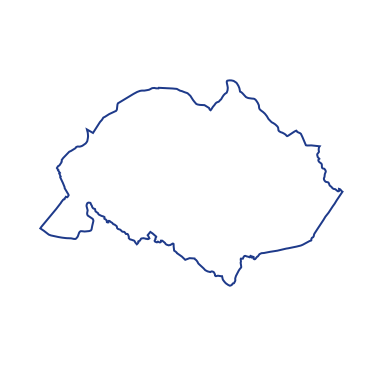 Chau Thanh, Tây Ninh, Vietnam (Robinson projection), rotated 124°
{"feature_id": "81297802B30323481145094", "entity_name": "Chau Thanh", "entity_type": "district", "adm_level": 2, "iso_a3": "VNM", "parent_name": "Vietnam", "parent_adm1": "Tây Ninh", "projection": "robinson", "projection_center": [106.01, 11.316], "detail": "fine", "context": "isolated", "style": "outline", "palette": "blue", "viewbox_px": 384, "rotation_deg": 124, "n_neighbors": 0, "source": "geoboundaries", "source_scale": "gbopen_adm2", "svg_char_len": 5977}
<svg xmlns="http://www.w3.org/2000/svg" viewBox="0 0 384 384"><g transform="rotate(124 192 192)"><path d="M307.0,297.4L307.0,293.2L307.4,286.9L306.9,284.7L304.0,277.5L302.5,274.2L300.6,270.5L298.0,266.3L296.9,263.6L296.1,262.4L295.3,262.0L292.8,261.8L288.9,262.8L287.7,262.8L286.8,262.4L286.2,261.6L284.8,258.9L281.9,255.4L280.6,254.4L279.9,254.3L279.1,254.4L275.8,255.8L271.8,257.3L271.1,257.6L270.6,258.0L269.8,259.3L269.8,264.7L269.8,265.3L269.5,265.8L268.9,266.6L268.0,267.2L265.5,268.3L262.8,271.4L262.1,271.9L261.1,272.3L259.9,272.5L259.3,272.3L258.7,271.9L257.9,270.4L257.9,270.0L258.8,268.7L259.5,267.2L260.1,266.6L260.7,265.3L260.8,264.4L260.4,263.2L260.4,262.8L261.5,261.7L262.0,261.1L262.1,258.1L262.7,257.2L262.8,256.4L262.4,253.6L261.8,251.7L261.7,250.7L261.8,250.4L262.0,250.3L263.1,249.8L263.2,249.6L263.0,248.3L263.2,247.2L263.6,246.6L264.6,245.7L264.4,244.9L264.0,244.4L263.3,244.8L262.7,245.0L262.4,244.8L262.1,244.0L262.3,243.0L262.2,240.9L262.7,239.2L262.3,238.1L262.4,236.7L262.4,235.6L262.6,235.1L263.7,234.0L263.9,233.6L264.0,233.0L263.9,232.2L263.4,230.6L263.5,229.4L263.8,228.3L263.8,227.7L263.7,227.2L263.0,226.0L263.0,225.5L263.2,224.7L263.6,223.8L263.7,223.2L263.1,222.5L262.9,222.0L263.0,221.4L263.7,220.3L264.6,219.2L265.6,218.6L265.9,217.2L265.9,216.7L265.4,215.5L265.1,214.1L264.8,213.4L264.7,212.5L265.6,210.6L266.2,208.5L265.2,208.3L263.8,208.2L263.3,208.8L262.9,208.9L261.5,208.0L259.2,208.1L258.8,207.9L257.5,206.5L256.8,204.9L256.5,203.7L256.0,203.3L255.8,202.3L255.3,201.8L254.3,201.4L253.0,203.5L252.6,204.6L248.4,204.2L248.4,201.6L249.0,196.7L249.4,196.5L250.8,196.5L251.4,195.9L253.2,195.8L253.7,195.3L253.8,194.8L253.5,193.3L253.3,192.9L252.4,192.7L252.1,192.2L252.0,191.0L251.4,190.1L250.9,189.9L250.3,190.0L249.7,190.5L249.1,189.7L249.0,189.3L249.3,186.0L249.8,184.9L249.9,183.8L249.3,181.6L248.0,180.3L245.6,179.2L245.3,178.6L245.4,178.2L247.6,176.6L250.6,174.0L250.6,172.2L250.8,170.7L251.1,170.4L251.1,170.0L251.2,164.3L252.0,159.7L248.2,157.0L245.7,152.7L246.0,152.3L246.1,150.6L246.4,149.5L246.9,148.2L247.2,147.8L247.7,146.8L247.9,145.8L248.8,139.8L249.4,137.3L249.1,134.7L248.2,132.2L248.0,131.9L247.3,131.7L246.7,131.1L246.3,129.8L246.3,129.1L246.9,127.8L247.7,126.7L248.3,126.3L248.5,125.7L248.5,125.4L248.3,125.0L246.9,123.7L245.5,120.7L245.0,120.0L247.0,117.9L247.4,117.4L248.1,115.5L248.6,113.7L248.8,112.4L248.8,109.9L248.5,108.2L247.8,107.6L246.9,107.1L245.0,107.0L244.5,106.4L244.1,106.2L241.8,106.4L240.8,106.8L239.9,107.6L239.0,108.0L237.0,108.6L230.9,109.3L229.1,109.3L227.5,109.1L226.7,109.2L225.3,110.4L223.5,112.1L222.5,112.4L220.4,114.1L219.9,114.2L218.9,112.6L216.7,112.9L215.7,112.7L215.1,112.0L214.8,110.6L214.3,109.4L213.9,107.8L213.6,107.7L212.2,107.8L212.1,107.6L212.3,107.0L212.1,106.6L213.1,106.3L213.1,106.1L212.8,105.8L211.6,105.2L211.4,104.6L211.7,104.3L212.5,104.1L212.9,103.6L212.9,102.9L212.7,102.4L212.2,102.1L209.2,101.8L208.5,101.4L205.8,101.3L203.9,100.2L202.3,98.2L197.9,93.8L192.9,88.4L186.2,82.2L185.0,80.9L178.9,74.9L175.6,71.9L173.8,70.7L166.9,67.1L165.6,66.1L165.2,66.1L164.4,66.7L163.4,66.9L162.8,66.9L161.7,66.3L161.3,66.3L160.5,66.4L158.8,67.1L157.9,67.2L152.4,67.3L141.8,67.4L137.9,67.6L132.7,67.2L125.2,67.3L122.0,67.2L118.0,67.4L107.6,67.4L107.6,68.4L107.0,70.3L107.0,71.2L107.2,71.8L108.5,70.7L109.1,70.7L109.3,70.8L109.6,71.1L109.8,71.4L109.8,72.1L109.6,74.5L109.6,74.9L110.1,76.0L110.3,76.6L110.2,78.0L109.8,79.2L109.6,81.5L108.4,83.2L107.9,84.1L107.9,84.6L108.8,87.0L108.5,88.3L108.2,88.9L107.8,89.6L106.9,90.3L105.4,90.6L103.3,91.7L102.5,92.0L100.5,92.4L99.9,92.8L99.3,93.7L98.8,95.1L98.8,95.5L99.3,96.6L99.3,97.4L99.0,97.9L98.6,98.3L97.1,99.4L96.5,99.9L96.3,100.3L96.1,100.7L96.0,103.2L95.6,104.3L95.3,104.8L94.6,105.2L94.1,105.2L93.3,105.0L92.7,107.3L91.3,108.9L90.6,109.3L90.1,109.3L88.9,109.2L87.7,109.2L86.3,110.5L84.7,111.4L83.7,111.7L82.7,111.7L86.6,119.1L88.9,122.3L89.5,123.5L89.5,123.8L84.8,131.0L82.9,134.2L82.8,135.1L83.3,138.2L83.2,138.7L82.9,139.3L82.8,139.8L83.5,140.3L84.9,141.0L91.4,143.7L92.4,144.3L92.5,144.4L92.5,144.9L92.1,146.6L92.1,148.1L92.3,150.2L92.8,152.0L92.9,153.7L92.6,154.7L90.5,156.6L89.9,157.8L89.4,160.7L89.4,163.1L89.6,164.5L89.5,165.7L88.7,169.4L87.3,172.3L86.3,175.4L85.9,178.2L85.9,179.8L85.6,182.0L85.2,182.8L84.6,183.5L82.7,185.1L81.3,187.4L80.1,190.4L79.9,192.2L80.2,193.1L81.1,194.7L82.6,197.8L82.9,198.9L83.1,200.4L82.8,201.7L81.9,205.4L81.7,207.0L81.9,208.3L79.5,210.7L78.1,212.8L76.8,215.6L76.6,216.4L76.6,219.1L76.7,219.8L77.4,221.6L78.3,223.1L79.5,224.5L80.1,225.0L80.8,225.0L81.9,224.3L84.1,222.0L85.6,220.6L87.8,219.4L90.1,218.8L90.3,218.8L92.3,219.6L94.1,219.9L96.1,219.9L98.9,219.7L100.3,220.1L101.7,220.2L102.4,220.5L103.5,221.3L104.2,221.7L105.5,222.0L107.0,222.0L109.8,222.3L112.7,222.2L113.8,222.3L113.8,223.3L112.8,224.9L113.0,230.2L115.4,234.2L116.2,236.0L116.5,237.1L116.6,237.7L115.9,240.3L115.2,242.5L113.2,247.1L112.6,250.9L112.7,251.4L113.4,253.9L114.0,256.7L114.7,258.7L115.0,262.1L115.2,262.6L117.3,266.4L124.2,277.8L124.8,277.7L126.1,279.7L126.8,281.4L128.1,283.0L128.7,283.4L131.0,284.6L132.1,285.6L134.5,288.1L136.1,290.4L137.2,291.6L139.7,293.4L143.3,295.3L159.9,303.0L161.2,302.7L165.6,300.4L166.4,300.3L167.2,300.3L173.7,304.2L178.3,306.2L179.9,307.1L182.5,307.0L185.5,307.4L198.4,307.1L198.9,314.1L201.1,311.6L203.8,309.4L205.5,308.5L208.3,307.3L209.4,307.2L211.2,307.3L214.9,308.7L216.1,309.5L217.2,310.5L218.2,312.2L219.4,313.1L220.5,313.1L221.5,313.4L225.7,315.3L227.3,316.3L235.9,317.8L238.3,317.9L239.2,317.2L239.8,317.2L240.4,316.8L240.9,316.8L243.9,316.8L244.8,317.1L245.4,317.4L245.6,317.5L247.7,317.4L247.9,317.0L248.5,315.1L249.0,315.1L250.0,312.2L250.8,312.5L252.6,309.6L253.0,309.8L253.5,309.5L256.7,304.1L259.1,300.5L260.1,299.6L263.1,293.2L263.6,292.5L264.0,292.4L265.7,292.4L266.1,292.5L266.5,293.9L267.2,293.8L268.5,294.0L268.9,293.7L269.4,293.7L269.9,294.3L270.5,294.5L273.9,294.7L274.3,294.6L282.1,295.1L305.0,297.4L307.0,297.4Z" fill="none" stroke="#1e3a8a" stroke-width="2"/></g></svg>